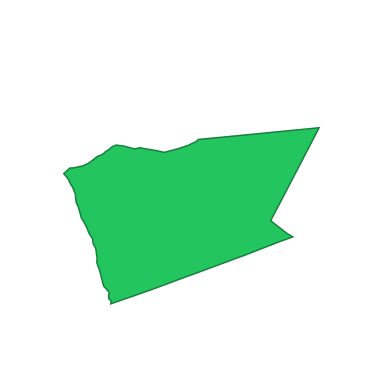 outline of Senador Rui Palmeira, Alagoas, Brazil, rotated 316°
{"feature_id": "56859067B1965841485432", "entity_name": "Senador Rui Palmeira", "entity_type": "district", "adm_level": 2, "iso_a3": "BRA", "parent_name": "Brazil", "parent_adm1": "Alagoas", "projection": "equal_earth", "projection_center": [-37.547, -9.387], "detail": "fine", "context": "isolated", "style": "filled", "palette": "green", "viewbox_px": 384, "rotation_deg": 316, "n_neighbors": 0, "source": "geoboundaries", "source_scale": "gbopen_adm2", "svg_char_len": 1097}
<svg xmlns="http://www.w3.org/2000/svg" viewBox="0 0 384 384"><g transform="rotate(316 192 192)"><path d="M328.1,234.0L321.0,228.5L298.5,210.6L252.9,174.4L232.9,158.5L230.5,158.7L225.8,157.1L222.4,156.1L219.0,154.5L212.4,151.4L199.7,144.3L193.8,135.6L189.4,129.8L185.1,123.7L182.0,122.1L179.9,120.0L175.0,111.8L169.9,105.4L165.8,103.9L161.6,103.7L157.7,102.9L155.0,102.9L151.2,101.9L148.7,100.7L139.3,99.7L136.3,99.0L131.7,97.4L123.8,92.6L120.8,89.9L112.5,89.7L112.0,96.7L110.2,101.6L109.5,105.6L108.0,109.0L106.8,112.3L104.1,115.5L101.3,119.3L99.8,123.9L96.9,129.3L94.5,133.4L93.1,139.4L91.5,144.9L89.5,149.4L88.5,153.4L88.0,156.6L84.9,160.6L84.1,164.2L82.8,166.9L80.1,170.3L78.3,173.1L74.5,176.6L71.7,182.7L69.3,187.5L67.5,190.3L66.2,193.0L64.5,195.5L63.0,198.7L63.0,202.4L62.6,207.0L59.9,208.6L58.1,210.8L58.0,214.2L55.9,216.0L87.6,230.7L112.7,241.9L115.3,243.0L125.8,247.5L136.9,252.5L154.5,260.2L169.5,266.8L175.5,269.4L186.0,274.1L219.7,288.2L222.1,289.3L233.3,294.3L231.6,288.0L228.6,267.3L259.6,257.0L311.0,239.8L328.1,234.0Z" fill="#22c55e" stroke="#15803d" stroke-width="1.5"/></g></svg>